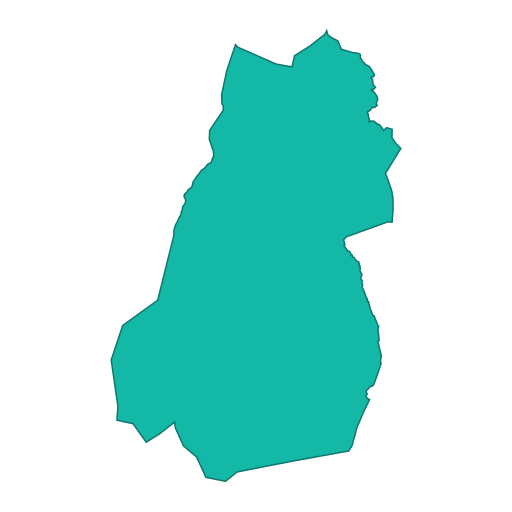 Santa Catarina Ixtepeji, Oaxaca, Mexico
{"feature_id": "50627088B41329862144169", "entity_name": "Santa Catarina Ixtepeji", "entity_type": "district", "adm_level": 2, "iso_a3": "MEX", "parent_name": "Mexico", "parent_adm1": "Oaxaca", "projection": "mercator", "projection_center": [-96.56, 17.222], "detail": "fine", "context": "isolated", "style": "filled", "palette": "teal", "viewbox_px": 512, "rotation_deg": 0, "n_neighbors": 0, "source": "geoboundaries", "source_scale": "gbopen_adm2", "svg_char_len": 2805}
<svg xmlns="http://www.w3.org/2000/svg" viewBox="0 0 512 512"><path d="M111.2,359.9L117.9,406.5L116.9,420.2L132.6,423.6L133.0,423.7L146.2,442.2L159.2,434.1L174.7,422.0L175.3,427.8L183.5,445.9L196.6,457.0L199.1,462.5L203.1,471.0L205.7,477.0L206.1,477.4L225.5,481.3L237.0,472.0L262.3,467.0L290.6,461.5L336.7,453.1L348.7,451.0L352.4,445.0L353.4,440.0L354.5,436.9L356.7,428.1L363.8,411.4L369.6,399.6L367.6,398.7L365.7,396.1L367.1,394.3L367.1,393.5L366.7,393.1L365.9,391.4L369.8,387.1L370.8,386.1L371.9,386.3L372.2,385.7L373.2,385.5L374.5,382.6L377.2,375.1L381.1,363.4L380.5,362.9L380.9,357.3L381.5,356.5L377.8,341.2L379.2,340.4L377.9,328.4L378.8,326.4L377.8,325.3L374.0,315.6L373.0,315.8L370.2,308.5L368.4,301.5L367.4,301.4L367.2,298.6L366.5,298.2L364.5,292.3L362.2,287.3L362.7,284.5L361.8,283.2L362.3,280.6L360.4,278.2L361.3,276.7L362.0,274.6L359.9,270.7L360.4,269.1L360.0,268.0L360.2,266.1L358.8,265.9L359.4,264.1L358.6,261.8L357.4,261.5L354.9,259.2L354.2,257.5L352.4,256.9L352.3,255.2L351.0,254.7L350.6,253.0L349.3,251.3L347.5,250.7L344.0,245.6L344.9,244.8L344.5,243.4L343.6,239.8L346.4,236.8L387.9,221.8L392.1,222.2L393.0,209.6L393.0,199.0L392.5,195.2L391.7,190.7L388.5,181.4L386.6,176.1L385.4,173.5L400.8,148.5L395.6,143.1L392.0,137.7L392.1,129.3L386.6,127.7L383.6,130.5L382.7,128.9L381.2,126.9L379.4,124.6L378.1,124.2L377.1,124.5L376.5,123.5L376.2,122.8L375.4,122.9L374.9,121.9L373.9,121.2L371.1,121.0L369.9,121.2L369.2,121.8L369.2,119.5L369.2,118.6L368.9,118.2L368.3,115.6L368.1,113.8L367.4,113.2L367.7,111.6L368.5,111.3L369.8,110.5L370.4,110.1L372.3,107.3L373.2,107.5L374.0,107.6L375.5,107.0L377.2,105.2L376.1,104.1L377.8,99.1L376.8,95.9L373.4,91.3L371.1,90.3L371.4,89.5L373.5,89.4L375.5,87.3L373.1,84.6L372.6,79.7L371.1,77.7L371.4,77.2L371.9,77.1L372.6,77.0L374.0,76.1L374.5,74.7L369.7,66.8L364.7,64.0L364.8,63.4L362.8,61.9L361.4,59.2L360.5,58.1L360.3,54.5L358.3,53.3L352.2,52.5L341.3,49.2L337.8,40.9L331.2,37.5L327.8,34.8L326.7,30.7L324.6,34.6L322.3,36.2L310.1,45.9L294.6,55.7L292.0,66.9L276.2,64.1L237.6,47.1L235.5,44.7L226.8,70.4L221.6,94.8L222.0,103.9L223.4,106.0L223.1,110.5L209.7,130.3L209.3,139.3L213.3,151.0L213.6,154.6L213.7,156.4L212.8,157.6L211.8,160.3L211.4,162.1L209.6,163.3L207.4,164.4L206.0,166.6L204.7,167.9L204.1,168.7L201.8,169.9L200.1,172.1L198.9,174.0L197.4,175.6L196.5,176.7L194.2,180.5L193.2,181.6L192.1,186.2L191.6,187.1L191.3,187.7L189.7,188.5L187.9,190.2L187.1,191.8L186.0,192.9L184.8,193.9L184.3,194.5L184.1,196.7L185.2,198.7L185.5,199.9L185.6,201.6L184.8,204.0L183.5,205.5L182.7,206.8L182.4,209.3L182.1,210.3L181.5,211.2L181.1,212.7L181.1,214.0L180.4,215.7L179.1,217.5L178.4,219.3L177.9,220.8L175.5,224.9L173.9,230.4L173.9,230.5L173.9,232.7L173.8,235.5L173.3,237.6L157.7,300.2L141.9,311.6L122.7,325.5L111.2,359.9Z" fill="#14b8a6" stroke="#0f766e" stroke-width="1.5"/></svg>